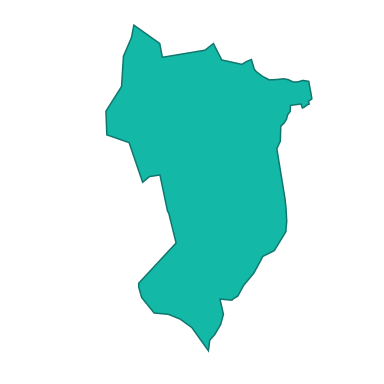 Olorunda, Osun, Nigeria (Equal Earth projection), rotated 191°
{"feature_id": "59680162B28193395760126", "entity_name": "Olorunda", "entity_type": "district", "adm_level": 2, "iso_a3": "NGA", "parent_name": "Nigeria", "parent_adm1": "Osun", "projection": "equal_earth", "projection_center": [4.578, 7.861], "detail": "fine", "context": "isolated", "style": "filled", "palette": "teal", "viewbox_px": 384, "rotation_deg": 191, "n_neighbors": 0, "source": "geoboundaries", "source_scale": "gbopen_adm2", "svg_char_len": 1088}
<svg xmlns="http://www.w3.org/2000/svg" viewBox="0 0 384 384"><g transform="rotate(191 192 192)"><path d="M286.5,231.8L263.2,228.5L242.3,192.1L236.7,199.0L226.7,202.6L212.5,168.8L210.6,166.4L197.9,138.9L226.9,92.3L226.9,92.1L226.2,88.6L221.3,78.8L206.1,66.0L191.9,67.4L179.5,65.0L166.3,58.9L145.6,39.3L146.3,50.0L142.5,56.3L138.6,67.4L137.8,77.9L144.1,92.2L132.2,93.4L131.0,95.2L127.2,98.5L123.5,110.2L115.8,124.2L111.2,138.8L110.3,142.2L100.0,150.2L92.2,171.2L92.5,172.2L93.4,181.3L96.6,194.0L99.3,202.8L117.0,250.7L115.0,258.7L117.4,273.6L114.9,277.0L113.1,281.4L112.9,285.9L111.0,289.8L111.8,295.8L101.8,299.2L101.4,298.5L99.7,295.5L98.2,296.5L95.7,299.3L93.7,300.7L95.0,303.2L92.1,306.3L94.4,312.5L96.9,318.7L98.5,322.9L104.5,322.7L109.2,320.2L113.6,319.3L119.0,320.7L123.9,320.6L130.2,318.6L137.5,316.8L145.5,319.2L152.1,322.6L154.3,324.5L159.0,333.4L163.3,330.5L167.5,326.8L188.0,327.3L199.3,341.8L201.7,339.0L206.3,333.7L246.8,318.6L252.0,331.6L280.9,344.7L280.9,332.0L285.2,312.2L281.3,282.1L291.9,254.9L286.5,231.8Z" fill="#14b8a6" stroke="#0f766e" stroke-width="1.5"/></g></svg>